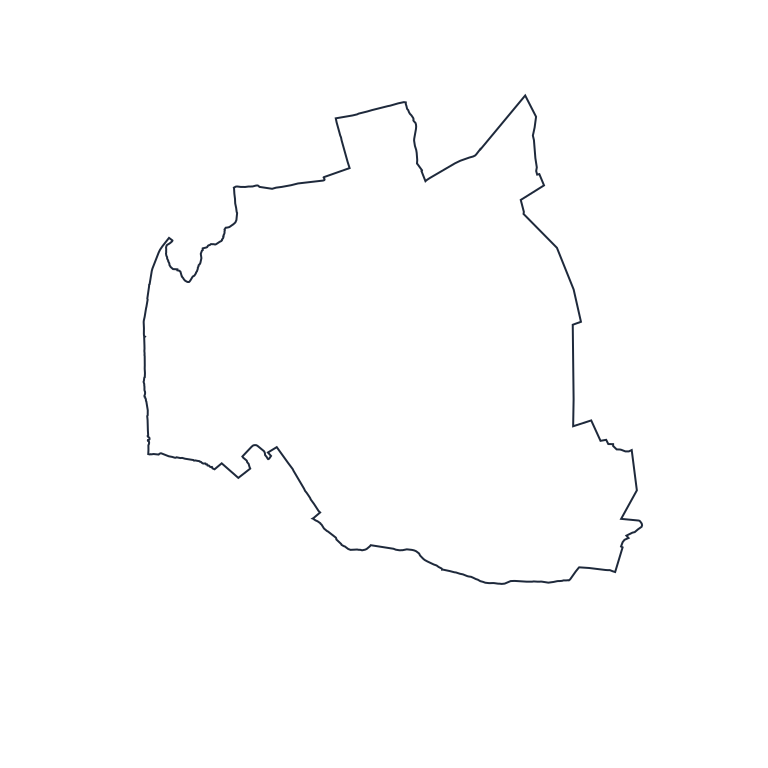 outline of Margineni, Neamt, Romania, rotated 157°
{"feature_id": "2599482B23052951043248", "entity_name": "Margineni", "entity_type": "district", "adm_level": 2, "iso_a3": "ROU", "parent_name": "Romania", "parent_adm1": "Neamt", "projection": "natural_earth1", "projection_center": [26.666, 46.886], "detail": "fine", "context": "isolated", "style": "outline", "palette": "slate", "viewbox_px": 768, "rotation_deg": 157, "n_neighbors": 0, "source": "geoboundaries", "source_scale": "gbopen_adm2", "svg_char_len": 6166}
<svg xmlns="http://www.w3.org/2000/svg" viewBox="0 0 768 768"><g transform="rotate(157 384 384)"><path d="M468.7,589.7L469.8,588.9L470.4,588.6L470.5,587.7L470.7,587.3L471.1,587.0L471.6,585.7L472.2,584.8L473.6,583.6L473.7,583.0L474.3,582.7L474.5,582.4L474.4,582.0L474.8,581.5L475.3,581.0L476.7,580.3L476.9,579.7L477.8,579.2L479.6,579.1L483.9,578.3L485.0,578.4L485.9,579.1L488.7,580.4L490.1,580.0L491.4,580.2L492.0,580.0L493.4,579.1L494.3,579.1L497.9,579.7L498.1,579.4L498.5,578.1L499.6,577.8L501.8,575.4L502.9,571.2L505.8,567.1L506.2,566.9L506.9,566.2L507.3,566.2L508.3,565.7L508.8,564.7L509.8,564.0L510.4,562.8L512.2,560.8L513.4,560.1L514.0,559.3L516.3,557.8L517.8,557.7L518.3,557.5L521.9,554.9L523.2,554.2L523.7,554.1L524.7,554.5L525.4,555.1L526.7,556.8L527.3,558.5L527.5,560.0L528.1,561.8L527.9,562.0L528.0,562.9L527.5,566.9L527.9,567.6L528.0,568.1L529.8,569.4L529.4,570.3L533.3,572.2L534.7,575.1L534.7,575.5L535.0,577.1L534.5,579.1L534.7,581.2L534.4,582.0L534.6,583.7L534.5,584.6L534.1,585.4L534.2,587.1L534.1,587.6L533.7,589.3L533.1,590.2L532.4,592.0L532.0,592.7L531.2,595.0L529.9,596.5L529.2,596.8L526.7,597.1L524.8,597.6L523.4,598.1L522.7,598.6L522.7,598.9L524.8,602.5L534.1,597.4L537.7,595.1L540.0,593.1L552.1,580.7L553.6,578.8L560.1,568.5L560.7,567.5L561.3,567.3L562.2,565.5L568.5,555.1L568.6,554.0L569.0,553.4L572.6,547.8L573.3,546.9L578.1,539.3L580.2,536.4L581.0,535.0L583.2,529.1L585.4,524.1L586.0,522.4L586.0,521.9L585.5,521.0L585.8,520.9L586.4,521.0L589.4,513.2L590.6,510.2L591.7,508.0L592.3,506.1L592.8,504.8L593.2,504.3L593.3,503.4L596.9,494.7L598.3,491.6L599.8,487.4L601.5,483.8L601.8,483.8L602.3,483.3L603.8,480.7L604.5,479.9L604.7,477.7L605.3,476.2L605.6,475.0L606.8,472.2L607.0,471.4L607.0,470.4L607.2,469.6L607.8,468.3L608.6,467.3L609.0,467.0L609.4,465.9L609.1,465.6L609.0,465.2L609.3,464.1L609.1,463.2L609.7,461.5L609.6,460.8L611.7,452.2L613.7,447.6L614.5,447.0L615.7,443.2L619.5,433.5L621.1,429.0L621.9,428.5L621.9,427.8L621.3,426.9L621.0,426.0L621.2,425.3L621.5,424.7L622.2,424.4L623.1,424.7L623.4,424.4L623.5,423.9L622.9,422.8L623.2,421.6L624.0,420.4L624.8,419.7L626.6,415.3L628.4,411.6L627.0,410.6L626.3,410.6L625.5,410.1L623.5,409.6L619.0,407.1L618.0,407.5L616.8,407.5L616.1,407.2L610.4,401.6L607.4,399.6L605.5,398.0L604.5,397.5L603.6,397.6L600.4,395.4L598.6,394.8L596.4,393.0L589.2,388.5L588.8,387.7L587.6,387.4L585.4,385.9L584.7,385.5L584.0,385.0L584.0,384.7L583.8,384.4L582.8,383.6L582.5,382.7L581.6,381.5L580.7,381.1L579.8,380.8L579.4,380.6L579.4,380.0L579.1,379.4L578.3,379.2L578.1,378.5L578.2,377.9L577.0,377.2L576.8,376.9L576.7,376.1L575.9,375.2L574.8,374.9L574.7,374.6L574.9,374.0L574.8,373.3L573.3,371.7L564.4,374.4L554.8,354.5L540.2,358.4L540.2,360.2L539.8,363.5L540.3,364.8L540.5,365.8L540.3,366.6L540.4,367.3L542.4,371.2L542.7,372.6L530.6,377.9L528.8,378.5L527.9,378.5L527.0,378.3L525.8,377.8L525.2,377.3L524.5,376.3L521.1,369.8L520.7,369.0L520.6,368.1L520.7,366.7L521.0,365.8L521.2,364.9L520.6,363.1L520.2,360.5L520.0,360.1L519.2,360.1L518.8,360.2L516.1,361.9L517.6,366.3L507.4,367.8L503.1,348.7L501.3,341.4L501.2,339.4L498.5,318.9L498.4,316.4L497.7,314.0L496.8,309.4L496.5,307.5L496.6,306.5L495.3,301.0L494.1,294.2L493.9,292.9L493.0,290.7L501.4,288.1L502.2,288.0L501.5,287.3L501.4,286.9L500.3,285.2L498.8,283.6L497.0,280.7L497.0,280.1L496.4,278.9L495.7,274.4L493.9,270.9L493.2,270.1L488.4,261.5L488.3,261.0L488.4,260.0L488.6,259.5L485.9,253.4L486.0,252.8L485.7,252.2L484.2,250.3L483.6,249.9L481.4,246.1L479.6,244.4L473.3,242.1L472.5,241.5L470.4,240.5L469.2,239.5L466.2,238.9L464.5,238.9L460.5,240.1L459.2,240.8L439.6,228.6L437.9,226.9L434.9,225.0L432.0,223.8L427.6,222.9L423.3,220.5L422.0,219.6L421.0,218.8L419.7,217.4L417.9,214.2L417.9,213.0L417.7,211.7L416.2,207.8L415.3,206.1L413.4,203.7L408.7,198.4L406.5,196.4L405.2,194.2L403.1,191.7L402.9,191.0L403.1,190.4L402.4,190.2L396.4,186.0L392.8,183.2L391.4,182.4L388.3,179.7L385.7,177.9L382.4,174.6L381.5,173.9L379.2,172.5L377.5,170.7L375.7,168.6L374.1,167.2L372.4,164.9L370.2,163.2L368.4,161.5L365.2,159.7L360.6,157.8L357.1,155.7L355.6,155.0L353.8,154.0L350.9,153.1L344.4,153.1L340.7,151.7L330.1,146.4L325.0,144.2L323.4,143.8L320.0,142.1L316.1,140.5L310.3,136.9L305.1,135.5L301.4,134.8L298.8,133.8L296.9,133.2L295.5,133.1L293.3,132.1L291.1,131.4L290.6,131.0L289.1,131.4L288.4,131.8L280.8,136.5L276.7,138.7L276.0,139.0L267.1,134.5L252.7,126.2L250.3,125.0L249.0,124.5L248.4,124.0L246.8,122.4L244.7,120.6L228.2,140.4L229.3,141.8L226.1,145.2L223.5,146.6L219.1,146.7L220.1,149.7L213.4,150.1L211.1,149.7L206.9,151.0L202.7,151.9L201.6,153.2L201.3,154.9L201.8,157.1L202.2,158.2L203.1,158.9L218.4,167.2L192.8,187.3L181.8,226.4L185.0,226.3L188.1,227.6L191.3,230.7L192.4,231.5L195.4,232.9L197.3,237.4L196.6,239.1L201.0,241.1L201.3,245.8L206.9,247.1L207.5,269.5L226.4,271.2L215.5,295.7L187.1,364.8L178.4,364.3L172.5,396.9L171.6,441.8L189.1,486.0L188.0,487.8L186.2,500.0L159.1,504.3L159.0,516.5L161.2,516.9L160.7,520.6L158.7,523.7L156.4,532.8L150.7,549.9L149.9,554.5L145.1,561.3L139.6,570.6L141.3,594.4L203.5,562.3L203.6,562.6L204.6,562.0L209.4,559.3L210.9,558.7L213.1,558.6L216.9,559.1L226.5,559.7L232.5,559.4L261.4,555.7L265.2,555.0L266.6,554.5L266.3,565.3L265.8,565.4L265.5,565.8L267.3,573.6L267.5,574.0L265.9,577.2L263.6,584.0L262.9,586.9L262.5,591.1L261.2,596.3L260.4,597.9L254.9,606.3L253.8,608.4L253.2,610.3L253.0,611.9L253.9,614.5L253.9,614.9L253.9,615.4L253.3,616.3L253.2,617.5L253.8,620.6L254.6,622.7L254.8,624.7L254.7,626.8L255.1,627.7L255.2,628.4L254.7,631.3L254.6,633.0L253.9,634.7L255.6,635.7L261.3,636.8L269.6,637.8L272.0,638.3L287.9,640.8L293.0,641.4L301.7,642.8L303.4,642.7L308.1,643.5L324.6,647.4L325.4,643.3L326.8,632.7L327.2,629.9L327.2,627.8L327.8,625.0L330.7,602.7L331.3,596.2L358.5,597.9L358.8,597.8L358.7,596.4L358.9,595.3L359.4,595.0L360.7,595.1L384.8,602.2L391.9,603.3L401.2,605.4L406.6,606.9L410.7,607.4L421.6,614.1L422.1,615.3L422.6,616.0L423.1,616.3L424.4,616.7L427.9,617.2L431.5,618.7L434.8,619.6L438.9,621.4L441.8,623.1L443.2,623.6L445.5,623.4L445.6,622.7L447.4,617.6L448.8,612.7L450.4,608.4L451.3,603.9L452.4,599.9L452.4,598.8L455.8,592.6L457.7,590.8L459.9,590.0L465.0,588.9L466.5,589.1L468.7,589.7Z" fill="none" stroke="#1e293b" stroke-width="2"/></g></svg>